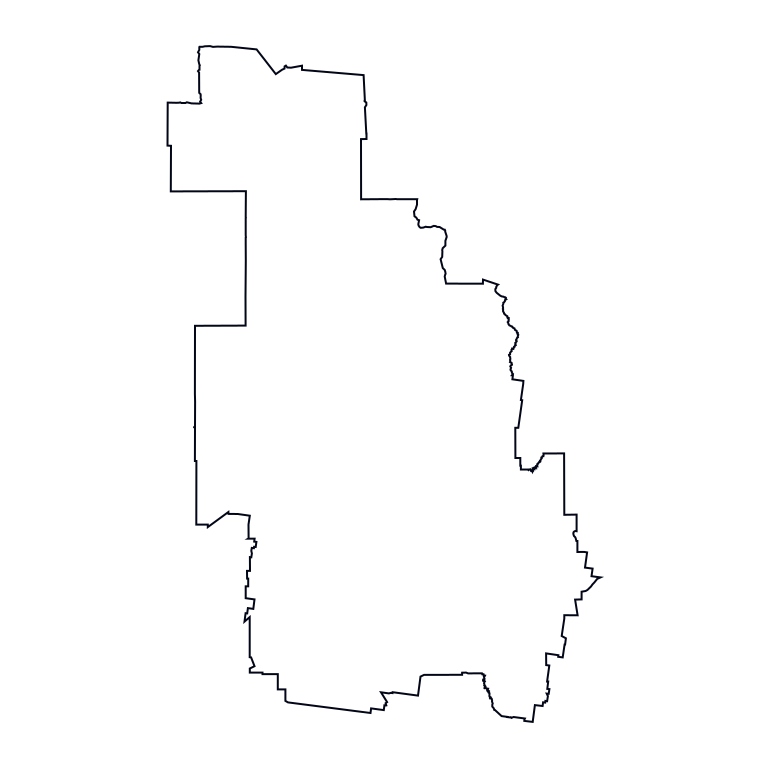 outline of Buloke, Victoria, Australia
{"feature_id": "25037944B21796127243371", "entity_name": "Buloke", "entity_type": "district", "adm_level": 2, "iso_a3": "AUS", "parent_name": "Australia", "parent_adm1": "Victoria", "projection": "mercator", "projection_center": [143.17, -35.846], "detail": "fine", "context": "isolated", "style": "outline", "palette": "ink", "viewbox_px": 768, "rotation_deg": 0, "n_neighbors": 0, "source": "geoboundaries", "source_scale": "gbopen_adm2", "svg_char_len": 6091}
<svg xmlns="http://www.w3.org/2000/svg" viewBox="0 0 768 768"><path d="M167.7,102.6L167.5,145.6L171.0,145.8L170.8,191.4L245.9,191.2L245.7,217.2L245.9,217.8L245.7,218.2L245.7,235.2L245.9,237.4L245.7,237.6L245.7,243.8L245.8,260.8L245.5,296.6L245.6,325.6L195.0,325.8L194.9,393.7L195.1,401.8L195.0,427.0L193.5,426.9L194.5,427.5L195.0,428.4L194.9,461.0L196.4,461.0L196.3,524.6L207.8,524.6L207.8,527.1L228.4,512.0L228.5,513.9L237.8,514.0L249.8,515.7L248.5,524.5L248.6,538.4L248.1,538.7L254.6,538.7L254.2,541.6L256.4,541.9L255.7,547.0L254.1,546.8L253.9,548.2L251.8,547.9L251.3,550.9L251.9,553.4L251.3,557.3L249.9,557.1L250.0,570.9L247.0,570.9L247.1,578.6L248.2,578.6L248.2,586.3L245.7,586.3L245.7,598.2L254.5,599.4L253.3,608.9L247.9,608.1L247.2,613.4L245.6,613.2L244.5,621.6L249.7,617.1L249.7,657.2L251.1,657.4L254.5,666.2L249.8,668.5L249.8,672.6L262.5,672.6L262.5,674.1L277.8,674.1L277.8,689.4L285.4,689.4L285.4,700.9L288.0,702.4L370.5,713.0L371.1,708.4L383.8,710.1L384.4,705.3L385.9,705.5L386.3,705.4L385.6,703.2L387.1,702.1L381.0,692.3L388.9,693.4L390.8,692.9L392.5,693.1L392.6,692.2L418.0,695.6L420.5,676.6L424.0,674.9L462.1,674.8L462.1,672.7L466.1,672.6L468.1,673.4L481.9,673.3L482.2,674.2L482.9,674.1L483.6,674.3L483.6,674.5L483.2,674.7L483.7,675.4L485.0,675.6L484.8,676.0L484.0,675.8L483.8,676.3L484.1,677.2L484.2,678.3L484.5,678.6L484.5,679.2L484.2,679.5L483.2,679.5L483.0,680.1L483.2,680.9L484.7,681.1L484.9,681.3L484.5,681.8L484.0,683.2L484.5,684.4L484.2,685.5L484.7,686.1L485.3,686.1L485.5,686.6L484.5,687.8L484.5,688.2L485.0,688.3L485.8,687.9L486.8,688.5L488.1,688.7L488.0,689.0L487.1,689.8L487.2,690.6L487.4,690.9L488.7,690.8L489.0,691.1L488.3,692.1L488.6,692.7L489.3,692.8L489.5,693.4L489.4,695.8L489.5,696.5L490.7,697.3L490.6,697.7L490.0,697.8L489.9,698.1L490.1,698.5L491.4,698.4L491.7,698.7L492.1,700.4L492.0,701.5L492.7,703.5L492.3,704.6L492.3,706.6L493.7,708.2L494.3,709.9L494.7,709.8L501.6,716.1L507.5,716.9L507.4,717.1L509.9,717.4L510.8,717.2L511.4,717.9L513.5,717.0L524.9,718.5L524.4,719.5L524.3,720.9L532.7,721.9L534.9,705.1L542.6,706.0L543.1,702.3L545.2,702.6L545.4,700.9L547.1,701.2L547.9,696.1L546.7,693.6L548.7,693.8L549.4,689.1L547.3,688.9L548.2,681.5L547.1,681.5L549.3,665.5L546.2,665.1L546.1,653.4L558.4,655.2L558.2,656.8L562.7,657.4L564.6,644.5L565.1,644.5L565.9,638.3L561.7,636.0L564.3,618.6L564.3,615.2L577.6,615.3L575.1,599.6L581.6,599.4L581.6,591.7L585.6,591.0L587.4,590.0L591.0,586.5L592.4,584.5L594.4,582.4L597.2,578.9L600.5,577.4L591.5,576.2L592.6,568.6L585.0,567.6L587.1,552.4L584.1,551.9L577.4,552.0L577.4,541.0L576.4,541.0L575.6,538.0L575.2,537.2L574.0,536.0L573.5,534.6L573.3,533.1L573.7,532.0L574.5,531.3L575.5,531.0L576.6,531.2L576.6,514.6L564.3,514.8L564.1,453.4L543.4,453.5L543.6,455.1L543.4,456.2L542.5,456.2L541.9,457.3L541.4,457.5L541.7,458.4L540.7,459.5L540.5,460.5L539.9,460.8L539.8,461.2L540.2,461.3L540.3,461.6L539.7,462.1L539.2,462.0L539.1,462.3L538.5,462.7L538.3,463.4L537.5,463.8L537.3,464.1L537.5,464.3L537.3,464.5L537.3,465.4L537.1,465.4L536.9,465.8L537.1,466.2L536.1,466.1L536.1,466.5L535.7,466.7L535.9,467.1L535.2,467.0L534.9,467.5L535.3,468.1L534.1,467.9L534.1,468.1L533.5,467.9L533.3,468.3L532.9,468.3L533.0,468.6L533.3,468.6L533.8,469.2L533.0,469.2L532.7,469.6L533.2,470.5L533.2,470.9L532.8,471.4L532.4,471.2L532.3,471.6L531.9,470.9L531.1,471.0L530.6,469.5L530.3,469.6L530.1,469.3L529.3,469.6L529.0,469.5L528.5,470.1L527.7,469.5L520.9,469.5L520.9,465.7L520.3,465.7L520.3,458.0L515.4,458.0L515.3,427.8L518.3,427.8L522.2,400.2L520.9,400.0L523.2,384.0L523.4,380.9L512.4,379.3L512.9,375.4L511.9,375.3L512.9,373.9L511.9,372.8L511.8,371.4L510.7,370.4L510.7,369.6L510.5,369.3L511.1,367.8L510.3,366.5L510.7,365.5L511.9,364.9L512.0,364.4L511.7,363.8L511.6,362.9L510.0,362.1L510.3,361.3L510.0,359.8L510.4,359.0L510.1,357.5L510.2,357.1L509.1,355.6L509.0,354.8L510.1,354.2L510.1,352.6L511.7,351.1L511.4,350.0L512.0,349.2L512.1,348.6L513.4,348.9L513.9,347.0L514.5,346.9L514.7,346.0L515.8,345.1L515.2,344.2L515.6,343.4L515.3,342.9L516.7,341.4L516.7,341.0L516.1,340.5L516.0,340.0L516.6,339.1L516.9,338.1L518.0,337.2L517.7,336.2L518.3,334.9L518.1,334.2L517.6,334.1L517.3,333.7L517.7,332.7L516.8,332.2L516.6,330.8L514.9,329.8L514.5,328.4L513.0,327.8L512.3,326.6L511.6,326.6L510.8,325.9L509.4,325.4L508.5,324.2L508.5,323.6L507.7,322.1L508.6,321.2L508.5,320.6L508.7,320.3L508.6,319.4L508.8,319.1L508.5,318.3L508.7,318.0L508.2,317.7L507.6,317.9L507.3,317.2L507.3,316.2L505.4,315.0L504.9,314.2L504.1,313.7L503.9,312.6L503.2,311.6L503.0,311.0L503.2,309.9L502.8,308.9L503.1,308.3L503.0,307.0L502.6,305.7L503.4,303.6L503.3,302.7L504.2,302.1L504.9,301.2L504.9,300.4L505.1,299.9L506.3,299.3L505.7,298.5L505.9,297.8L505.3,297.3L504.8,297.4L503.6,296.7L501.7,296.4L500.3,295.7L496.7,292.8L495.5,291.3L495.3,289.8L495.5,288.7L496.2,287.9L496.3,286.7L496.8,285.9L497.2,285.2L498.0,284.6L483.0,279.6L482.9,283.7L446.1,283.6L444.7,276.5L445.2,274.6L445.6,273.8L445.3,271.8L444.7,269.9L442.8,268.1L440.6,259.2L442.2,256.9L442.4,251.2L442.2,250.1L442.7,248.2L445.4,245.6L445.4,240.8L446.7,237.0L446.6,235.9L445.2,231.6L445.2,230.5L444.8,229.7L443.9,229.7L439.6,227.0L437.1,226.9L435.7,226.1L433.7,225.9L430.7,227.2L426.8,227.0L425.8,226.7L423.2,227.6L420.7,227.8L419.7,227.2L418.6,225.6L418.3,224.2L419.1,220.2L417.5,219.7L416.3,217.6L414.5,216.3L414.0,211.5L415.6,209.2L417.0,204.7L417.0,200.0L417.2,199.2L397.0,199.2L395.9,199.0L390.1,199.3L386.9,199.1L361.1,199.3L361.0,139.1L366.5,139.0L366.5,133.6L366.3,133.6L364.9,107.3L366.4,105.0L366.3,102.5L364.6,101.3L364.6,100.9L364.9,100.9L363.6,75.1L302.0,69.9L302.0,65.7L291.0,67.7L287.3,67.5L285.9,65.6L284.6,66.4L284.5,68.6L282.1,69.7L275.8,74.1L256.6,49.4L231.1,46.8L217.1,46.6L213.0,46.9L210.1,46.1L204.8,46.3L202.6,46.8L199.5,46.8L199.3,47.1L199.3,49.9L198.0,52.3L199.3,54.0L198.4,60.3L199.2,64.0L199.8,65.3L199.5,65.7L199.5,69.6L199.2,69.6L198.0,71.1L199.1,72.6L199.2,92.5L199.3,93.0L200.6,94.2L200.7,95.4L200.6,98.0L201.2,99.8L200.1,101.7L201.2,103.1L199.5,103.6L191.6,103.4L186.8,102.3L185.5,103.0L181.4,103.0L180.2,102.4L179.1,102.7L176.6,102.8L167.7,102.6Z" fill="none" stroke="#020617" stroke-width="2"/></svg>